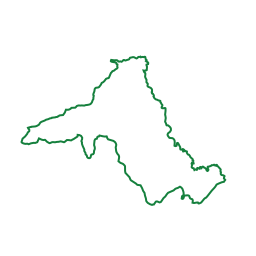 Esparza, Puntarenas, Costa Rica (orthographic projection), rotated 278°
{"feature_id": "36466004B94446731774240", "entity_name": "Esparza", "entity_type": "district", "adm_level": 2, "iso_a3": "CRI", "parent_name": "Costa Rica", "parent_adm1": "Puntarenas", "projection": "orthographic", "projection_center": [-84.661, 9.995], "detail": "fine", "context": "isolated", "style": "outline", "palette": "green", "viewbox_px": 256, "rotation_deg": 278, "n_neighbors": 0, "source": "geoboundaries", "source_scale": "gbopen_adm2", "svg_char_len": 5839}
<svg xmlns="http://www.w3.org/2000/svg" viewBox="0 0 256 256"><g transform="rotate(278 128 128)"><path d="M112.9,189.6L113.3,187.8L112.5,186.2L112.5,185.8L112.9,185.7L114.3,186.4L114.7,185.7L114.7,184.9L114.2,184.4L113.9,183.7L114.1,182.9L114.8,182.6L116.2,182.4L119.4,180.1L120.1,179.4L120.1,179.0L119.9,178.7L117.3,178.6L117.0,178.3L116.7,177.7L116.7,177.0L116.9,176.5L120.1,176.3L121.9,175.9L122.8,175.4L123.7,174.4L124.1,173.4L124.0,170.4L125.8,168.6L126.8,168.1L127.6,168.2L128.3,168.4L130.2,170.2L131.8,170.8L133.2,170.6L134.3,170.0L135.3,168.8L136.2,167.2L136.0,165.9L136.2,165.7L137.8,165.0L139.4,163.9L143.1,164.0L145.1,163.4L146.4,162.9L150.2,162.8L152.7,162.4L152.9,162.1L152.9,161.6L152.4,160.0L152.4,159.0L152.7,158.5L153.3,158.4L154.8,158.9L155.3,158.9L155.6,158.8L156.7,157.6L157.6,157.1L157.9,156.6L159.3,156.2L159.5,155.6L159.5,154.3L160.0,153.2L160.2,151.6L161.1,150.1L162.7,148.9L163.2,149.2L164.0,149.0L165.3,147.9L165.5,147.1L166.1,146.7L166.8,146.5L167.0,146.8L169.1,146.5L169.9,146.1L170.9,144.9L171.6,142.4L172.0,141.7L172.5,141.4L174.3,141.5L174.7,141.3L175.9,139.9L178.4,139.6L179.7,138.6L181.1,137.8L184.1,137.7L184.9,137.3L185.2,136.7L185.8,136.1L187.1,135.4L187.1,137.1L187.3,137.6L187.8,137.8L188.1,138.5L191.2,138.3L192.9,137.5L193.4,137.5L194.1,139.0L195.2,139.0L195.9,138.4L196.3,137.2L196.8,136.4L197.8,137.0L198.7,135.9L200.6,135.3L200.8,135.1L200.8,134.3L200.4,133.7L200.4,132.4L199.8,130.9L200.4,130.4L200.0,129.6L199.8,128.4L199.6,128.2L198.7,127.6L198.1,126.9L198.2,126.2L198.9,124.2L198.9,123.1L198.2,121.3L198.1,120.9L197.8,120.2L196.3,119.6L195.8,118.9L195.5,118.1L194.5,116.1L194.5,115.6L194.8,114.8L194.7,114.2L194.3,113.7L193.4,113.2L192.7,112.4L192.9,111.0L192.5,110.1L192.5,109.5L193.5,107.8L193.5,106.8L193.1,104.9L193.1,101.9L192.5,101.7L191.8,101.7L191.6,101.9L191.3,102.9L191.2,106.1L190.8,107.4L189.7,107.8L189.4,108.7L187.2,108.8L186.7,109.2L186.1,109.2L185.4,108.8L184.3,107.4L182.9,106.2L182.1,104.7L181.0,104.1L180.1,103.4L175.1,102.1L174.6,101.5L174.4,100.7L173.6,99.4L171.1,98.0L169.9,97.0L169.0,95.7L167.1,95.1L164.6,93.7L164.0,92.9L163.4,90.7L162.9,90.1L161.9,89.6L159.7,89.6L157.0,89.0L156.0,89.0L155.5,89.2L155.2,89.6L153.1,89.5L151.9,89.7L150.5,89.1L148.4,88.7L147.0,87.9L146.4,87.4L145.7,86.1L145.2,84.6L144.8,83.0L144.1,81.5L143.9,78.9L143.6,77.8L143.5,76.1L143.2,75.3L142.6,74.2L141.3,73.4L140.8,72.9L140.1,69.2L139.1,68.5L138.3,67.5L137.7,66.1L137.5,64.0L134.5,63.3L131.8,61.9L131.1,59.0L130.8,58.3L129.8,57.3L129.7,56.9L129.3,56.6L129.0,56.1L128.9,55.3L128.4,54.4L127.6,51.2L127.2,51.0L126.6,49.2L125.7,47.9L124.8,45.7L123.8,44.5L122.0,41.3L121.0,40.3L119.8,39.8L118.7,39.2L117.2,37.2L116.6,35.8L115.8,32.2L115.5,31.9L115.4,31.3L114.3,28.9L113.5,29.4L112.9,30.2L112.3,30.6L111.0,30.6L109.7,29.4L108.2,29.0L105.3,27.3L102.8,25.1L99.3,24.5L98.5,25.4L98.1,27.1L98.0,28.6L98.4,30.3L98.4,30.8L98.1,31.9L99.3,34.0L100.2,36.7L100.3,38.2L101.3,40.1L105.3,41.3L104.4,44.2L104.3,46.1L104.7,47.2L104.7,47.6L103.1,49.7L102.2,51.9L102.1,52.6L102.4,53.2L103.4,54.8L103.6,55.7L103.7,57.7L104.4,59.7L104.6,60.9L105.4,63.2L105.3,64.5L105.0,66.6L105.3,67.1L107.6,69.2L107.8,71.0L107.8,73.3L107.9,73.6L108.9,74.7L109.3,75.5L110.3,76.6L112.1,78.7L112.6,79.2L114.2,79.1L114.2,81.0L113.6,82.7L112.0,84.0L110.3,84.1L109.0,83.7L108.1,83.8L107.5,84.4L105.9,84.6L103.8,85.7L100.7,87.7L99.2,87.9L97.3,89.4L96.0,89.7L95.1,91.0L93.7,91.5L93.0,92.2L92.7,93.0L92.8,94.1L93.1,94.6L93.7,95.0L95.8,95.2L96.5,95.4L97.3,97.2L98.4,97.7L100.7,97.6L102.3,98.0L103.2,98.0L104.5,97.7L106.3,96.8L107.9,96.7L110.9,96.6L111.6,96.8L112.3,97.1L112.9,98.0L113.0,98.6L115.0,99.0L115.3,99.4L115.6,100.4L116.6,100.8L116.3,104.3L116.3,106.5L116.7,107.6L116.7,108.1L114.9,109.0L114.0,109.9L113.2,115.4L112.1,117.3L110.9,118.2L109.8,118.7L108.4,118.7L107.3,118.5L103.5,119.5L102.3,120.1L100.8,121.3L99.9,122.4L98.7,123.1L97.5,123.3L93.7,123.2L92.4,125.4L91.9,127.6L91.6,128.3L90.3,130.0L89.6,130.4L85.0,131.1L83.2,131.7L79.5,136.3L77.2,137.6L76.6,138.2L74.1,143.6L73.2,144.8L73.0,145.3L73.0,148.4L70.3,150.4L67.9,151.7L66.0,153.4L63.5,154.2L60.8,155.5L58.4,156.2L57.8,156.6L56.6,158.0L55.6,160.4L55.2,162.5L55.8,163.5L55.8,164.2L58.9,165.8L59.2,166.3L59.3,167.4L58.7,169.5L58.9,170.1L59.4,170.9L63.5,172.9L65.4,174.5L67.7,175.6L69.4,176.7L72.6,181.9L74.2,183.2L74.8,184.0L75.6,185.7L77.1,187.6L76.4,189.2L75.1,190.5L72.2,191.9L70.0,192.4L69.0,192.0L67.9,191.0L65.6,191.0L65.4,191.4L65.4,191.9L65.8,192.5L66.6,192.8L69.0,193.2L69.0,193.8L69.6,196.1L69.6,197.4L69.2,198.1L67.9,198.7L67.0,199.3L66.5,200.6L66.5,201.3L66.2,201.8L65.1,202.3L63.0,202.3L62.9,203.8L63.9,206.9L63.9,207.7L63.3,208.0L63.1,208.3L63.3,209.2L64.2,210.6L64.6,211.0L68.4,213.3L69.4,214.2L69.6,214.7L71.0,215.8L77.7,219.7L80.7,221.8L82.2,222.7L84.3,223.6L85.6,225.5L87.3,228.4L88.1,230.5L89.1,230.9L89.5,231.2L90.1,231.5L91.4,230.0L92.5,230.0L93.5,230.3L93.9,230.2L94.4,229.0L94.5,227.2L94.8,226.7L95.5,226.2L97.2,226.2L97.6,225.7L98.4,225.5L99.6,225.6L100.0,225.4L102.7,222.2L102.7,221.5L103.8,221.1L103.8,220.7L102.9,219.6L103.6,218.8L103.5,218.0L103.0,217.4L102.8,216.0L101.8,215.2L101.6,214.5L100.9,213.2L100.9,212.6L100.7,212.4L100.4,212.5L100.1,213.4L100.0,212.6L99.6,212.3L99.4,212.3L98.2,213.3L97.7,213.4L97.1,213.3L96.5,212.7L96.6,212.3L96.9,211.8L98.4,211.0L98.7,210.5L99.3,209.5L99.5,208.6L100.0,208.2L100.2,207.5L99.7,206.8L98.6,206.4L99.5,205.3L99.4,204.9L99.0,204.6L97.6,204.6L97.6,204.1L98.1,202.9L98.1,202.3L97.9,202.1L96.3,202.1L96.1,202.0L96.1,201.7L96.3,201.2L96.4,200.5L95.6,199.6L97.3,198.6L97.3,197.4L98.1,196.5L99.4,196.5L100.9,196.8L101.3,196.0L101.5,195.9L102.6,196.2L102.5,196.8L102.0,197.4L102.1,197.9L102.5,197.8L103.1,197.3L104.7,197.2L105.1,196.4L105.9,196.5L106.3,196.2L107.7,194.0L109.3,192.9L109.7,192.4L110.0,192.0L110.0,191.4L110.3,190.8L111.8,189.6L112.9,189.6Z" fill="none" stroke="#15803d" stroke-width="2"/></g></svg>